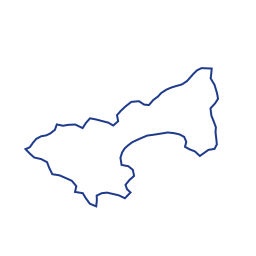 outline of Balneário Camboriú, Santa Catarina, Brazil, rotated 110°
{"feature_id": "56859067B93664630758988", "entity_name": "Balneário Camboriú", "entity_type": "district", "adm_level": 2, "iso_a3": "BRA", "parent_name": "Brazil", "parent_adm1": "Santa Catarina", "projection": "albers", "projection_center": [-48.622, -27.007], "detail": "fine", "context": "isolated", "style": "outline", "palette": "blue", "viewbox_px": 256, "rotation_deg": 110, "n_neighbors": 0, "source": "geoboundaries", "source_scale": "gbopen_adm2", "svg_char_len": 1378}
<svg xmlns="http://www.w3.org/2000/svg" viewBox="0 0 256 256"><g transform="rotate(110 128 128)"><path d="M125.5,48.0L121.0,44.9L118.1,39.6L113.1,38.9L108.4,41.1L102.1,44.3L97.2,45.7L93.2,49.1L87.8,53.9L81.3,57.2L75.1,54.6L69.8,53.4L64.9,56.2L57.8,61.5L53.1,67.3L47.8,68.5L43.5,69.7L46.6,79.4L50.1,82.8L54.8,85.1L59.2,86.8L63.7,88.6L68.6,92.2L72.4,97.5L75.2,101.2L78.9,105.1L83.8,108.8L88.2,110.6L93.0,113.8L99.3,116.2L100.5,120.9L99.1,126.9L102.3,133.8L108.7,137.8L114.5,140.7L119.7,142.7L125.0,139.6L130.7,142.7L129.7,148.5L130.3,154.3L130.9,160.9L131.9,167.0L137.7,169.3L143.6,170.6L142.8,178.8L145.5,185.3L148.1,189.8L149.0,196.1L154.8,196.1L159.6,199.1L162.8,202.2L165.6,206.9L169.6,210.5L174.2,212.2L179.7,213.7L182.9,217.1L185.6,211.6L187.8,206.1L186.9,199.0L187.8,192.4L192.3,188.5L197.3,183.3L195.9,176.1L196.3,169.6L196.8,162.8L200.3,156.7L206.2,155.9L204.7,148.2L208.3,143.8L212.2,138.0L212.5,131.1L206.7,132.5L202.2,134.3L198.2,130.3L195.9,125.6L195.1,119.3L194.4,113.6L195.1,106.9L187.7,103.6L185.8,108.0L182.3,110.9L176.2,108.8L171.0,105.9L165.7,109.1L163.8,114.6L164.9,121.4L158.6,124.9L153.2,125.2L148.2,124.1L144.3,122.0L140.1,119.3L136.1,115.4L132.1,111.2L128.6,107.4L125.6,101.7L121.8,94.8L118.6,89.1L117.1,83.0L116.4,77.5L117.1,72.2L121.1,68.5L126.2,68.0L127.0,62.5L127.1,57.2L129.7,50.9L125.5,48.0Z" fill="none" stroke="#1e3a8a" stroke-width="2"/></g></svg>